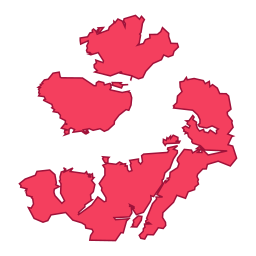 Hadsel nor, Nordland, Norway (Mercator projection)
{"feature_id": "86288312B40270143357623", "entity_name": "Hadsel nor", "entity_type": "district", "adm_level": 2, "iso_a3": "NOR", "parent_name": "Norway", "parent_adm1": "Nordland", "projection": "mercator", "projection_center": [15.018, 68.501], "detail": "fine", "context": "isolated", "style": "filled", "palette": "rose", "viewbox_px": 256, "rotation_deg": 0, "n_neighbors": 0, "source": "geoboundaries", "source_scale": "gbopen_adm2", "svg_char_len": 5811}
<svg xmlns="http://www.w3.org/2000/svg" viewBox="0 0 256 256"><path d="M89.8,240.2L115.5,240.6L121.0,232.6L123.2,232.9L126.5,221.0L128.8,218.8L115.5,219.7L114.0,217.6L129.4,216.9L131.9,212.9L131.3,207.8L132.0,206.5L128.9,206.3L130.5,206.1L129.8,204.7L134.0,206.8L134.1,209.0L133.1,207.1L132.6,209.0L136.4,214.7L143.4,212.3L150.0,202.0L151.2,199.4L150.8,195.7L153.6,196.6L162.3,184.0L162.1,180.0L163.4,179.0L164.9,172.9L169.9,168.3L173.4,159.0L177.4,152.9L177.3,150.6L173.5,149.2L177.6,145.7L167.8,147.9L167.5,149.2L168.8,150.3L167.6,152.4L143.7,154.1L141.6,155.7L142.5,161.7L140.6,164.1L138.5,161.9L138.5,159.0L129.7,160.4L131.1,163.6L130.3,164.8L131.9,170.6L129.1,171.6L127.6,169.9L127.1,165.8L125.2,166.1L125.6,163.7L121.0,164.3L122.0,163.3L119.5,162.0L116.1,164.3L107.8,163.3L108.0,158.6L109.1,157.3L102.8,156.8L103.4,157.5L102.6,158.8L104.7,162.3L107.3,163.3L102.8,165.3L104.9,168.4L104.9,175.2L99.2,183.6L101.9,187.8L101.5,190.3L106.0,197.6L106.0,201.1L104.1,201.8L97.8,196.9L91.7,205.1L78.0,215.0L79.1,213.4L78.6,212.4L84.9,206.8L84.8,204.9L92.3,199.7L91.0,199.3L90.5,194.6L93.3,191.7L94.9,184.5L91.6,180.5L94.0,177.6L92.8,177.5L92.4,173.8L88.9,176.1L91.4,177.0L88.9,176.9L88.5,175.9L89.5,174.1L87.4,174.2L86.5,171.7L84.6,173.5L70.2,171.5L72.9,168.0L64.4,171.9L65.8,169.2L63.4,167.7L64.6,168.7L64.5,170.9L61.3,172.0L60.0,177.0L60.4,180.0L59.4,180.8L61.0,183.8L60.6,193.1L64.6,200.8L61.9,203.3L54.9,195.6L53.9,192.1L54.3,189.1L59.4,186.5L55.7,184.7L56.4,183.0L54.9,174.6L49.7,170.0L37.0,171.4L35.3,175.3L25.1,179.1L19.4,183.7L21.0,185.5L20.7,187.2L26.7,188.8L25.8,190.1L26.7,189.8L26.0,192.1L26.9,195.4L32.0,196.9L31.5,197.7L32.7,198.7L33.5,204.0L31.2,208.1L28.3,207.5L34.1,218.4L43.0,222.2L47.8,220.6L51.0,214.9L65.7,212.5L72.8,220.1L81.6,222.8L85.2,225.0L85.8,228.1L92.0,229.3L93.2,231.6L90.6,235.5L89.8,240.2ZM165.7,225.5L165.5,222.3L162.5,217.5L162.9,212.6L173.5,202.3L176.8,195.3L185.5,198.3L188.2,191.8L194.6,189.6L195.0,187.0L198.5,184.1L197.6,181.3L198.4,179.7L197.0,176.6L197.6,174.3L202.7,169.0L206.3,168.9L207.4,164.4L218.2,161.2L230.3,166.0L236.6,158.2L232.7,146.1L228.0,144.7L231.8,136.6L233.2,136.1L227.7,134.1L233.1,127.3L231.8,122.8L232.2,120.9L227.6,115.2L227.2,112.2L231.0,109.1L228.6,96.0L226.2,93.7L219.7,93.6L217.3,88.1L212.5,84.6L209.9,86.7L209.3,81.4L205.2,83.7L203.3,80.6L194.1,78.5L187.2,79.8L186.4,77.4L183.7,81.2L179.9,82.0L180.2,87.2L182.0,91.6L177.5,96.1L176.8,102.7L173.4,105.9L174.2,106.7L173.6,108.0L192.7,110.2L197.7,114.9L200.0,119.6L199.9,123.4L198.1,124.7L199.4,126.6L206.8,128.0L212.1,125.9L218.4,129.0L216.4,130.4L216.7,133.2L215.8,133.8L210.2,130.1L208.1,132.8L204.3,131.9L203.5,129.4L199.5,131.0L197.4,128.3L196.2,124.6L196.5,122.2L192.8,119.6L194.1,117.1L192.8,115.5L189.0,120.7L186.2,120.9L187.7,121.9L187.1,123.9L190.1,125.9L188.9,128.0L185.5,126.1L182.5,127.8L184.1,129.7L183.7,131.1L185.9,132.1L185.2,133.6L187.6,132.9L188.5,136.6L192.0,139.8L191.8,141.8L192.9,143.2L200.3,145.6L204.8,150.0L227.2,150.9L208.2,155.0L199.3,146.5L196.5,148.7L201.9,149.8L201.9,152.5L197.6,152.4L199.8,150.5L198.7,149.4L192.6,152.9L191.5,150.1L184.3,149.4L177.7,158.2L177.1,160.5L179.0,163.6L177.6,167.6L170.2,172.4L169.6,177.7L167.3,178.3L168.8,179.7L166.0,182.4L165.9,180.4L164.8,181.2L157.0,194.6L162.6,197.0L156.1,197.1L156.6,199.1L152.6,203.6L146.6,218.3L147.5,219.4L145.7,221.0L146.0,223.2L148.5,222.3L150.6,223.9L144.5,224.1L144.9,227.4L143.4,228.4L143.2,231.3L139.2,235.3L140.8,238.3L144.7,239.1L147.3,234.6L153.5,234.8L158.3,227.7L163.2,228.5L165.7,225.5ZM59.2,72.1L53.0,73.2L48.2,79.2L44.4,79.9L42.0,82.7L42.7,83.6L40.4,84.4L41.0,85.4L38.2,87.3L40.2,87.7L38.5,89.2L39.3,90.4L38.7,92.9L39.8,93.7L38.6,95.9L44.1,96.6L45.5,99.2L44.0,99.6L43.7,100.4L51.9,104.4L52.7,107.2L51.8,107.8L54.5,109.6L53.2,111.6L58.2,112.6L60.4,115.3L60.1,117.9L65.4,120.6L65.2,123.1L67.4,124.4L64.7,124.0L61.3,128.1L67.3,129.9L64.8,130.5L64.4,132.5L65.6,134.0L64.8,134.9L68.9,133.5L69.1,129.2L70.9,127.8L74.6,129.5L73.1,132.2L81.8,131.0L82.3,131.7L85.6,134.0L83.2,129.8L86.9,129.2L85.9,131.3L87.3,132.5L86.1,132.6L86.3,133.8L88.6,132.5L87.1,129.5L89.1,128.6L93.1,130.3L100.1,128.7L104.3,131.3L108.1,129.7L114.2,124.1L114.5,121.1L119.1,115.1L126.0,109.6L128.8,110.3L131.0,105.1L131.7,97.8L130.2,92.8L128.5,92.0L129.0,91.1L122.2,92.5L110.4,89.9L109.9,89.5L111.2,87.5L110.4,83.9L109.9,83.4L104.4,84.9L103.7,82.6L98.7,81.3L96.4,82.8L96.0,85.7L94.0,85.7L82.5,78.0L61.3,77.8L60.2,77.0L59.2,72.1ZM141.5,16.3L139.5,19.2L135.5,15.4L124.1,18.8L123.6,20.8L125.4,23.8L125.0,27.1L122.3,21.1L117.9,19.0L115.1,22.6L113.9,21.3L113.9,23.2L109.4,27.0L108.4,30.0L97.2,34.2L96.4,32.2L99.9,32.1L103.5,27.5L98.1,27.9L98.8,28.9L97.6,29.9L98.6,30.2L96.9,31.8L93.5,29.0L92.2,30.2L92.6,32.2L89.9,32.9L87.6,36.8L80.2,38.0L80.2,40.6L80.7,44.1L88.1,40.8L88.3,42.8L86.7,46.0L87.5,48.0L86.5,50.3L87.2,52.3L89.9,52.5L90.9,53.6L88.8,54.1L90.8,54.8L98.2,52.6L103.5,60.9L103.0,62.6L95.8,60.1L96.4,62.8L94.1,64.8L94.3,67.7L97.3,70.7L94.8,72.0L110.3,75.9L121.0,71.8L121.5,72.3L120.0,73.1L131.9,75.8L130.7,79.8L130.8,79.9L132.0,76.0L138.5,78.8L142.8,77.5L145.8,71.3L153.1,63.4L161.4,59.7L163.7,55.0L168.2,56.9L172.9,55.2L174.0,51.3L178.4,47.0L177.3,43.5L170.9,43.3L168.6,36.4L168.7,33.4L162.5,27.6L160.8,31.6L157.4,34.4L149.7,34.5L150.0,38.0L145.4,39.7L143.4,43.5L137.5,45.2L139.2,43.2L140.6,35.1L139.7,34.1L141.0,32.4L142.5,23.3L144.4,19.6L141.5,16.3ZM173.2,135.2L170.6,138.5L170.5,136.1L168.1,138.8L167.0,137.7L166.3,140.5L163.4,139.3L163.2,142.6L165.2,145.4L166.3,143.6L179.0,143.0L179.9,141.2L175.5,141.6L177.9,140.4L177.9,137.4L173.2,135.2ZM138.2,215.9L133.3,220.3L133.8,222.3L132.6,224.7L133.3,225.1L131.6,226.8L136.9,227.0L141.3,220.3L141.9,216.4L138.2,215.9ZM121.0,82.7L112.2,82.5L112.7,84.4L111.7,85.0L121.5,88.0L122.8,85.0L128.2,84.6L122.6,84.8L120.0,83.6L121.0,82.7Z" fill="#f43f5e" stroke="#9f1239" stroke-width="1.5"/></svg>